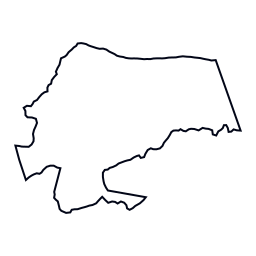 the district of Aguiar, Paraíba, Brazil
{"feature_id": "56859067B16388053496765", "entity_name": "Aguiar", "entity_type": "district", "adm_level": 2, "iso_a3": "BRA", "parent_name": "Brazil", "parent_adm1": "Paraíba", "projection": "natural_earth1", "projection_center": [-38.219, -7.086], "detail": "fine", "context": "isolated", "style": "outline", "palette": "ink", "viewbox_px": 256, "rotation_deg": 0, "n_neighbors": 0, "source": "geoboundaries", "source_scale": "gbopen_adm2", "svg_char_len": 2374}
<svg xmlns="http://www.w3.org/2000/svg" viewBox="0 0 256 256"><path d="M215.7,60.1L211.4,60.5L208.8,59.8L205.9,59.3L203.4,58.8L200.4,58.1L197.6,57.8L194.6,57.5L190.8,56.9L186.8,56.7L182.8,56.3L178.9,56.8L175.9,57.4L171.2,57.5L168.7,57.6L165.0,58.2L162.3,58.4L157.7,58.3L153.5,58.5L150.3,59.1L146.9,59.0L144.1,59.2L140.6,58.8L137.4,58.5L133.7,58.4L131.5,58.5L128.6,58.3L125.9,57.9L123.3,57.0L119.8,56.5L116.9,55.7L114.6,54.1L112.3,53.0L109.3,51.6L106.4,49.6L103.1,48.6L99.6,48.8L96.6,48.1L93.9,47.2L90.7,46.2L88.5,45.4L86.2,44.1L83.6,43.5L81.2,43.1L77.6,43.5L76.2,45.9L73.8,47.4L71.8,49.5L68.6,52.2L66.6,55.1L64.8,56.6L61.0,58.3L60.1,62.1L59.5,64.7L57.6,67.9L55.9,71.7L56.8,74.2L54.3,76.8L51.8,80.1L51.1,83.7L48.6,85.1L47.4,87.6L47.5,91.4L44.4,92.3L41.7,94.3L39.3,97.0L37.0,100.0L33.8,101.6L32.6,104.0L30.9,106.2L26.9,105.8L23.7,107.8L25.4,111.0L25.5,115.2L27.5,117.3L32.0,117.5L35.9,118.8L37.0,122.9L35.6,126.5L34.0,130.0L33.0,134.0L33.7,138.3L33.5,141.3L31.6,144.5L28.7,146.8L21.8,146.6L19.2,146.0L15.4,145.6L19.2,159.7L25.9,180.0L28.8,177.4L31.5,175.6L33.8,174.4L36.7,173.3L39.5,173.8L41.5,172.5L43.3,169.9L46.7,166.8L50.2,165.7L53.8,165.7L57.3,167.6L60.4,168.2L54.2,191.9L54.7,194.5L54.1,197.8L55.8,199.7L57.8,201.4L59.0,206.1L59.6,208.9L61.3,210.8L66.1,212.9L70.3,212.4L71.7,209.8L74.4,209.3L77.6,209.2L81.7,207.9L84.4,207.2L86.8,206.5L89.3,205.6L92.5,205.0L96.2,203.3L97.9,201.3L100.3,198.7L102.2,196.8L105.3,200.1L108.2,202.8L112.1,201.5L115.1,201.9L117.6,203.5L120.9,201.5L124.2,202.7L126.4,205.2L127.1,208.4L129.6,209.8L132.7,208.2L135.3,205.9L139.9,203.3L143.5,200.1L145.8,197.2L107.9,190.5L106.0,187.6L104.3,184.1L103.6,181.4L102.9,177.0L102.9,172.7L104.8,169.9L107.7,169.6L109.7,167.9L112.8,167.0L116.2,165.4L118.6,163.5L122.3,162.1L124.7,161.2L127.4,160.4L130.4,159.8L133.7,157.5L136.8,156.0L139.0,155.4L140.8,157.9L144.1,157.1L145.4,153.8L147.7,150.0L150.8,148.3L153.2,149.2L156.3,149.3L159.9,148.4L162.5,145.9L163.9,142.8L165.7,140.6L167.8,138.2L169.9,134.8L171.3,132.1L173.4,130.6L176.0,130.4L178.6,130.6L180.5,129.2L183.4,130.9L185.8,131.3L188.8,129.3L191.0,128.8L194.3,129.0L198.6,130.4L202.6,127.9L205.6,128.6L208.6,128.9L212.2,130.3L212.8,134.4L216.2,135.5L218.3,131.4L221.0,129.8L222.8,128.1L223.9,125.2L226.2,125.1L227.8,128.0L228.6,131.9L231.3,131.6L233.6,129.4L236.7,130.3L240.6,130.6L215.7,60.1Z" fill="none" stroke="#020617" stroke-width="2"/></svg>